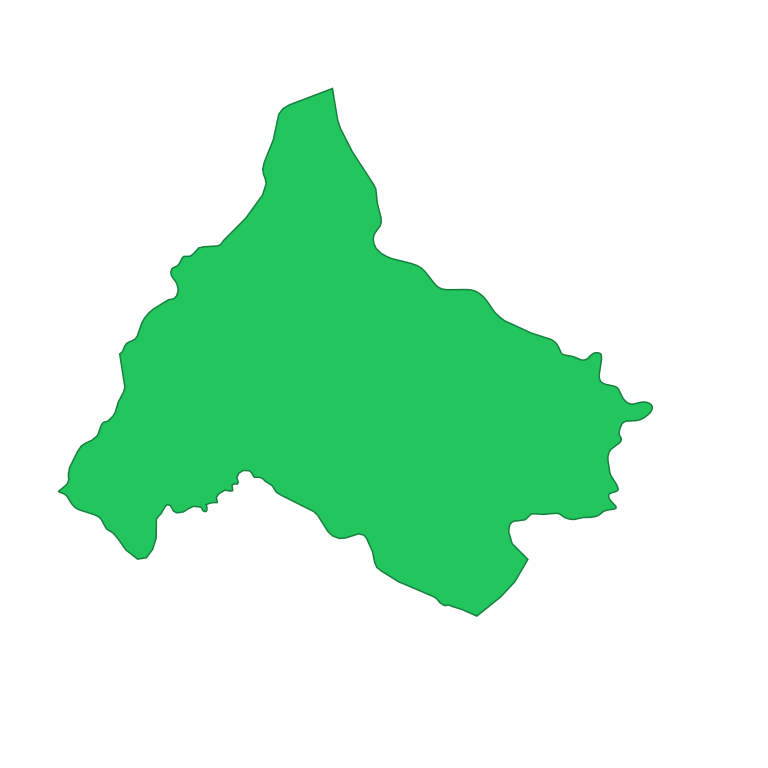 map outline of Basse-Kotto (Natural Earth projection), rotated 112°
{"feature_id": "CAF-794", "entity_name": "Basse-Kotto", "entity_type": "Prefecture", "adm_level": 1, "iso_a3": "CAF", "parent_name": "Central African Republic", "parent_adm1": "", "projection": "natural_earth1", "projection_center": [21.411, 4.979], "detail": "fine", "context": "isolated", "style": "filled", "palette": "green", "viewbox_px": 768, "rotation_deg": 112, "n_neighbors": 0, "source": "natural_earth", "source_scale": "10m", "svg_char_len": 3903}
<svg xmlns="http://www.w3.org/2000/svg" viewBox="0 0 768 768"><g transform="rotate(112 384 384)"><path d="M173.4,582.6L166.5,580.8L160.4,576.1L129.3,542.5L157.0,525.6L163.6,519.9L180.5,500.4L202.5,468.9L206.3,464.6L219.2,457.7L230.7,449.2L235.2,447.1L239.1,446.8L245.4,448.5L249.1,449.1L253.2,448.5L257.6,446.0L261.4,441.9L264.0,435.3L264.8,429.2L264.8,423.5L262.0,403.6L261.8,397.9L262.5,392.9L264.6,387.7L271.3,376.1L273.5,371.5L274.1,368.8L274.1,365.2L273.0,360.9L265.5,342.9L264.1,338.1L263.7,333.8L264.4,329.1L266.0,324.4L268.5,319.6L275.9,308.4L278.5,302.2L280.2,296.0L281.6,266.9L280.1,245.2L281.4,240.3L283.7,236.7L288.7,231.5L289.5,230.0L289.6,228.2L288.0,220.7L287.7,217.8L287.8,210.6L287.5,208.8L286.5,206.9L285.1,205.4L283.3,204.4L278.4,202.2L277.7,201.7L276.7,200.8L275.6,199.3L275.0,197.6L274.7,195.9L274.9,194.2L276.9,192.7L280.2,191.4L295.4,187.8L297.7,186.6L299.5,185.2L300.7,183.5L301.3,181.1L301.3,178.6L299.8,169.7L299.8,167.6L300.3,166.0L301.3,164.2L307.5,157.3L308.8,155.1L309.9,152.4L310.3,149.8L310.1,147.5L309.4,145.7L308.1,143.6L305.0,139.4L303.5,136.7L302.6,133.9L302.5,130.8L303.1,128.5L304.3,126.9L306.4,126.0L308.3,126.0L311.0,126.6L313.9,127.8L318.3,130.6L321.2,133.2L323.5,136.4L327.8,145.7L329.9,147.6L332.3,148.5L337.1,148.5L340.1,148.0L342.2,147.3L343.4,146.3L345.0,144.3L345.9,143.5L347.7,142.9L350.1,143.5L359.6,149.1L363.0,149.8L367.8,149.1L370.8,147.8L381.7,141.3L383.9,139.3L389.9,131.0L391.9,128.9L393.5,127.6L395.1,127.4L396.6,128.4L400.5,133.2L402.2,134.1L404.8,133.3L406.5,131.4L407.9,128.9L410.0,124.3L410.8,122.9L412.1,122.4L413.5,123.5L417.5,130.1L420.1,132.9L424.2,135.1L427.1,137.5L430.1,142.2L433.3,149.6L438.2,156.6L439.3,159.5L440.0,162.9L440.1,166.6L439.5,169.1L438.9,171.2L438.7,173.4L439.4,176.0L445.5,188.1L446.5,191.7L449.2,198.7L456.6,202.0L457.5,203.0L462.5,212.1L464.7,213.9L467.2,214.6L470.3,214.2L474.5,212.9L484.0,205.4L492.7,184.9L518.3,188.6L538.0,196.2L564.4,211.0L563.9,228.2L564.7,237.2L564.6,240.7L565.2,242.4L565.9,243.2L566.5,244.0L566.7,245.7L565.9,249.9L563.2,255.1L562.6,258.8L561.9,296.3L558.5,316.0L556.8,321.9L552.7,326.0L543.9,331.7L533.6,342.4L531.6,346.0L532.5,351.5L541.0,361.7L543.9,367.4L544.1,374.8L541.7,380.9L530.5,396.4L528.6,401.3L525.6,438.1L524.6,443.5L520.2,449.5L518.6,457.6L517.4,460.6L516.9,463.7L519.1,469.3L517.8,471.3L515.9,473.4L514.9,476.3L516.8,482.0L521.1,485.2L526.1,485.3L529.7,482.3L531.6,482.3L532.2,484.2L533.3,486.1L534.9,487.0L539.6,484.3L540.9,486.5L542.0,491.8L548.2,496.3L551.9,496.9L556.4,494.2L557.9,497.8L559.3,500.2L562.6,503.9L563.2,503.0L565.1,501.7L567.4,500.9L569.0,501.3L569.6,503.5L568.7,505.2L567.4,506.5L566.7,507.4L568.7,514.8L573.0,518.7L577.9,522.2L581.1,528.0L580.7,531.5L576.7,536.6L577.0,539.7L579.4,541.0L587.7,542.1L590.5,543.3L594.6,544.4L612.2,537.5L624.1,536.6L634.0,539.2L638.7,546.8L634.6,561.1L626.8,573.2L623.7,579.2L622.5,586.3L621.5,588.1L615.1,596.0L614.0,598.9L613.7,603.2L614.9,620.6L614.3,623.9L612.2,628.5L609.5,632.4L607.2,635.1L605.8,638.6L605.8,644.9L605.4,645.5L597.1,641.0L594.8,640.3L591.2,640.4L589.7,640.8L588.4,641.7L585.6,642.9L579.3,644.2L561.7,642.9L554.5,641.3L549.8,637.8L545.6,633.8L540.1,630.7L537.4,630.3L528.7,630.7L525.4,630.2L523.9,628.9L523.0,627.3L521.6,626.0L515.2,623.2L510.9,622.6L500.6,623.6L489.2,622.5L484.1,623.0L455.2,640.3L452.1,638.6L446.1,638.6L442.9,637.9L440.6,636.2L438.4,633.8L435.6,631.6L431.7,630.7L418.7,631.4L412.9,630.8L406.0,628.6L401.0,626.0L386.5,615.3L385.1,612.9L383.1,610.4L379.9,609.3L376.0,609.6L373.2,610.4L370.9,611.9L368.6,613.8L366.7,616.1L365.1,619.0L363.1,621.7L360.3,623.6L356.6,623.9L354.2,622.1L352.0,619.9L348.9,618.8L342.9,618.4L340.7,617.4L338.2,611.6L334.6,609.5L327.2,606.7L324.2,602.3L318.4,590.1L315.9,587.6L311.0,586.5L282.0,574.3L254.3,567.4L242.5,568.3L238.4,570.8L234.9,574.1L230.3,576.9L223.1,578.1L199.1,578.1L173.4,582.6Z" fill="#22c55e" stroke="#15803d" stroke-width="1.5"/></g></svg>